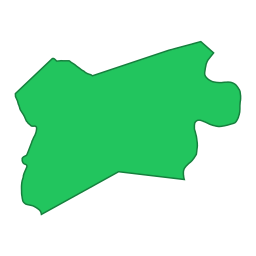 Pimienta, Cortés, Honduras (Natural Earth projection)
{"feature_id": "27666195B68412156052956", "entity_name": "Pimienta", "entity_type": "district", "adm_level": 2, "iso_a3": "HND", "parent_name": "Honduras", "parent_adm1": "Cortés", "projection": "natural_earth1", "projection_center": [-87.976, 15.271], "detail": "fine", "context": "isolated", "style": "filled", "palette": "green", "viewbox_px": 256, "rotation_deg": 0, "n_neighbors": 0, "source": "geoboundaries", "source_scale": "gbopen_adm2", "svg_char_len": 5630}
<svg xmlns="http://www.w3.org/2000/svg" viewBox="0 0 256 256"><path d="M168.6,50.3L92.4,75.8L90.8,74.7L89.3,74.3L87.4,73.6L85.4,72.5L83.9,71.2L82.2,70.3L80.9,69.4L79.7,68.4L76.5,66.1L75.4,65.1L74.0,64.1L72.2,63.0L70.9,62.2L69.9,61.3L69.1,60.8L62.9,60.8L61.0,60.7L59.4,60.9L56.7,61.1L54.5,59.0L53.6,58.5L52.6,58.5L52.3,58.6L15.4,93.6L15.4,94.2L15.4,94.8L15.5,96.0L15.5,96.4L15.5,96.5L15.6,96.8L15.8,97.2L17.3,100.5L17.5,100.9L17.6,101.1L17.6,101.4L17.8,102.1L17.9,102.5L18.1,103.2L18.2,103.6L18.4,104.3L19.0,105.5L19.1,106.0L19.3,106.6L19.6,107.5L19.7,108.0L19.9,108.7L20.2,109.4L20.2,109.6L20.3,109.8L23.5,114.8L23.9,115.6L24.1,115.9L24.7,117.1L25.1,118.1L25.7,119.5L26.1,120.4L26.4,121.0L26.5,121.2L26.9,121.5L27.2,121.9L27.5,122.3L27.8,122.8L28.0,123.0L28.3,123.3L28.7,123.7L29.4,124.2L29.8,124.6L30.2,124.9L30.8,125.5L31.1,125.7L31.2,125.9L31.4,126.0L31.6,126.0L32.2,126.1L32.8,126.2L33.0,126.2L33.4,126.2L33.8,126.1L34.0,126.1L34.3,126.1L34.5,126.1L35.0,126.1L35.5,126.3L35.9,126.5L36.1,126.7L36.2,126.8L36.4,127.1L36.5,127.4L36.5,127.7L36.6,128.1L36.6,128.5L36.6,129.0L36.4,130.3L36.3,131.1L36.2,131.5L36.0,132.3L35.7,133.3L35.5,133.7L35.2,134.6L34.8,135.5L34.6,135.9L34.4,136.2L33.9,137.1L33.7,137.5L33.5,137.9L33.2,138.6L32.9,139.4L32.7,139.8L32.5,140.3L32.2,140.7L32.1,141.1L31.9,141.6L31.6,142.7L31.4,143.2L31.2,143.7L28.2,151.5L27.3,153.7L27.0,154.5L26.8,154.8L26.6,155.1L26.3,155.4L26.2,155.5L25.2,156.0L24.0,156.6L23.7,156.8L23.2,157.2L22.8,157.5L22.5,158.0L22.2,158.3L22.2,159.9L22.2,160.6L22.3,160.9L22.4,161.3L22.5,161.7L22.7,162.1L22.9,162.4L23.1,162.8L23.2,163.0L23.4,163.2L23.7,163.4L24.0,163.7L24.3,163.9L24.6,164.0L24.8,164.1L25.3,164.3L25.7,164.4L26.0,164.6L26.4,164.9L26.5,165.0L26.7,165.3L26.8,165.5L26.9,165.9L26.9,166.1L26.9,166.4L26.9,166.6L26.8,166.9L26.8,167.1L26.2,168.4L24.9,171.4L24.4,172.6L24.1,173.3L23.9,173.9L23.6,174.9L23.5,175.2L23.4,175.5L23.4,175.9L23.3,176.5L23.3,176.8L23.2,177.2L23.1,177.6L23.0,178.1L22.9,178.5L22.7,178.9L22.5,179.7L22.4,180.0L22.2,180.6L22.1,181.2L22.0,181.7L21.8,182.8L21.7,183.8L21.6,184.7L21.6,185.1L21.5,185.9L21.5,187.1L21.5,188.3L21.6,191.8L21.6,193.4L21.7,194.0L21.7,194.7L22.0,196.3L22.3,198.5L22.6,199.8L22.7,200.4L22.8,200.8L23.0,201.2L23.2,201.6L23.4,201.9L23.6,202.1L23.7,202.3L24.0,202.6L24.3,202.9L24.6,203.2L25.0,203.5L25.4,203.8L25.6,204.0L25.9,204.1L26.4,204.3L27.2,204.5L27.6,204.6L29.4,205.0L30.4,205.2L32.1,205.6L32.8,205.8L33.3,206.0L33.6,206.1L33.9,206.3L35.0,206.9L36.6,207.8L36.9,208.1L37.4,208.4L38.2,209.0L38.7,209.4L39.1,209.7L39.3,209.9L39.6,210.1L39.7,210.3L39.9,210.5L40.2,210.9L40.4,211.3L40.7,211.8L40.9,212.2L41.0,212.5L41.1,212.9L41.2,213.4L41.3,213.9L41.4,214.4L56.6,206.0L118.6,171.7L184.3,179.5L184.0,178.5L183.8,177.7L183.8,177.4L183.7,176.9L183.6,175.9L183.5,175.2L183.4,174.4L183.4,173.7L183.4,173.1L183.4,172.6L183.4,171.8L183.5,171.2L183.6,170.7L183.7,170.2L183.9,169.7L184.0,169.2L184.3,168.6L184.6,168.1L184.8,167.8L184.9,167.6L185.5,166.9L186.0,166.2L186.3,165.9L186.7,165.5L188.2,164.0L189.3,163.0L190.5,162.1L191.2,161.4L191.6,161.0L191.9,160.7L192.5,160.0L193.1,159.2L193.6,158.6L194.1,157.9L195.1,156.3L195.7,155.4L196.3,154.4L196.4,154.1L196.4,153.9L196.7,151.8L196.9,149.8L197.3,146.7L197.3,145.7L197.4,145.3L197.3,144.9L197.3,143.6L197.2,142.5L197.0,141.1L196.8,139.4L196.6,137.8L196.5,137.2L196.4,136.4L196.2,135.7L195.7,133.8L195.3,132.1L194.8,130.4L194.6,129.8L194.5,129.3L194.4,128.7L194.4,128.0L194.4,127.6L194.4,127.1L194.4,126.0L194.4,125.3L194.5,124.6L194.6,123.9L194.7,123.1L194.8,123.0L194.8,122.8L195.0,122.6L195.2,122.2L195.5,121.9L195.7,121.6L196.0,121.3L196.3,121.1L196.6,120.8L196.8,120.7L197.2,120.5L197.5,120.4L197.8,120.3L198.1,120.2L198.4,120.2L198.8,120.2L199.2,120.2L199.6,120.2L200.0,120.2L200.5,120.3L200.8,120.4L201.5,120.6L202.9,121.1L204.0,121.6L204.9,121.9L206.8,122.8L207.7,123.2L209.0,123.9L209.7,124.2L210.7,124.6L211.3,124.8L213.1,125.4L214.6,125.7L216.0,126.1L217.2,126.3L217.7,126.4L218.5,126.5L219.1,126.5L219.7,126.5L220.5,126.4L221.0,126.4L221.9,126.2L222.6,126.1L224.4,125.8L226.2,125.4L227.1,125.2L228.5,124.8L230.5,124.2L232.3,123.7L233.7,123.3L234.3,123.0L234.6,122.9L234.8,122.8L235.0,122.7L235.4,122.3L235.8,121.9L236.2,121.4L236.6,120.8L236.9,120.3L237.2,119.7L237.5,119.2L237.8,118.6L238.2,117.7L238.5,116.9L238.6,116.3L238.8,115.7L239.2,114.5L239.4,113.5L239.5,112.9L239.7,112.2L239.7,111.7L239.8,111.0L239.8,110.1L239.9,109.2L239.9,107.6L239.9,106.3L239.9,105.6L240.0,104.4L240.1,102.8L240.2,102.0L240.3,101.2L240.5,100.2L240.5,99.6L240.6,99.1L240.6,98.5L240.6,97.6L240.6,96.9L240.6,95.9L240.4,94.4L240.3,93.4L240.1,92.1L240.1,91.8L240.0,91.5L239.9,91.2L239.7,90.7L239.6,90.3L239.0,89.3L238.4,88.4L237.9,87.5L237.2,86.6L236.6,85.8L236.1,85.2L235.8,84.9L235.6,84.7L235.1,84.3L234.6,84.0L234.0,83.6L233.3,83.2L233.0,83.1L232.5,82.9L232.0,82.7L231.5,82.5L231.0,82.4L230.5,82.3L230.1,82.2L229.7,82.2L228.6,82.1L227.4,82.1L226.5,82.2L225.3,82.2L223.9,82.3L222.3,82.5L221.7,82.6L220.8,82.6L220.2,82.6L219.5,82.6L218.0,82.5L216.6,82.4L215.9,82.3L214.7,82.1L214.2,82.0L213.7,81.9L213.1,81.8L212.7,81.7L212.4,81.6L212.1,81.5L211.8,81.3L210.9,80.9L210.5,80.7L209.3,80.0L209.0,79.8L208.6,79.6L208.3,79.3L207.9,79.0L207.5,78.6L207.1,78.2L206.7,77.9L206.3,77.4L206.0,77.0L205.8,76.8L205.6,76.5L205.3,76.0L205.1,75.5L204.9,75.1L204.8,74.6L204.7,74.2L204.7,73.7L204.7,73.0L204.7,72.4L204.9,71.1L205.0,70.4L205.2,69.1L205.4,67.8L205.7,66.4L206.0,64.9L206.1,64.3L206.3,63.6L206.6,63.0L206.8,62.4L207.0,61.9L207.2,61.4L207.5,60.9L207.7,60.5L207.9,60.2L208.2,59.6L208.7,59.1L210.0,57.4L212.0,54.9L213.6,52.9L200.8,41.6L168.6,50.3Z" fill="#22c55e" stroke="#15803d" stroke-width="1.5"/></svg>